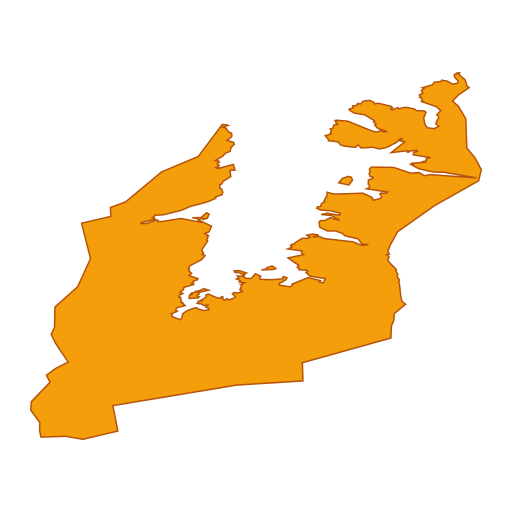 outline of Lebesby nor, Finnmark, Norway
{"feature_id": "86288312B28845238871652", "entity_name": "Lebesby nor", "entity_type": "district", "adm_level": 2, "iso_a3": "NOR", "parent_name": "Norway", "parent_adm1": "Finnmark", "projection": "robinson", "projection_center": [27.103, 70.553], "detail": "fine", "context": "isolated", "style": "filled", "palette": "amber", "viewbox_px": 512, "rotation_deg": 0, "n_neighbors": 0, "source": "geoboundaries", "source_scale": "gbopen_adm2", "svg_char_len": 6092}
<svg xmlns="http://www.w3.org/2000/svg" viewBox="0 0 512 512"><path d="M405.6,304.2L402.3,301.8L401.0,298.0L399.4,283.7L398.6,282.6L399.5,279.8L397.1,277.0L397.8,274.4L395.9,271.0L396.5,269.6L388.8,261.9L387.9,259.5L389.1,257.0L386.7,254.6L389.3,254.2L387.9,251.5L390.2,245.1L397.5,231.8L434.6,205.6L478.6,180.8L481.3,169.8L474.9,157.6L466.8,148.0L465.8,118.8L458.5,106.4L452.6,101.1L458.3,95.0L469.2,87.6L467.0,86.0L465.3,80.0L458.2,73.8L460.4,72.7L456.3,73.1L456.0,74.4L454.2,74.6L454.6,77.1L458.1,80.8L457.4,83.3L452.5,84.1L447.4,81.2L441.7,80.2L440.7,81.6L434.3,82.2L432.4,84.8L422.5,87.7L424.2,88.2L421.3,90.7L422.9,93.3L419.3,95.0L420.4,96.3L419.6,97.4L421.8,98.1L421.9,100.3L422.9,101.1L421.8,101.6L436.4,106.7L440.8,110.6L436.7,114.9L438.5,116.1L438.6,117.5L435.7,123.6L438.8,126.2L434.5,128.6L427.5,127.9L425.0,124.7L423.7,118.0L426.0,112.4L424.5,111.0L416.3,110.6L414.1,108.9L405.4,107.2L398.8,108.8L398.0,107.6L392.0,109.9L390.7,109.0L392.5,107.7L391.3,106.4L378.1,103.2L374.8,103.8L373.3,101.9L369.2,100.3L363.0,101.3L360.9,103.8L357.5,103.5L357.7,104.5L356.0,105.5L352.6,105.9L353.4,107.7L349.1,109.1L349.3,110.1L354.3,113.1L364.7,114.8L374.6,120.8L373.6,122.0L376.1,123.7L374.7,125.1L378.0,128.5L387.4,131.7L383.0,131.8L381.5,130.3L377.5,132.0L373.2,131.5L347.9,121.2L336.3,120.2L335.3,120.5L336.1,121.0L335.2,121.0L336.0,121.2L335.5,122.0L337.6,124.5L333.8,125.0L332.6,128.4L330.2,129.0L331.4,131.0L330.3,132.9L331.3,133.9L325.2,135.7L328.5,139.5L328.4,140.7L338.4,141.9L340.2,144.7L344.3,146.1L354.8,147.3L356.6,147.0L355.6,147.0L358.2,145.0L361.2,148.0L372.9,147.2L379.0,149.0L386.7,147.4L396.0,142.7L399.8,139.1L403.0,138.3L399.8,140.7L404.8,141.8L391.2,152.6L405.7,150.9L408.0,151.1L407.4,152.0L408.5,152.2L410.0,151.0L416.8,150.3L417.5,151.4L413.8,152.5L413.2,154.8L430.6,157.6L426.3,158.6L426.0,161.0L423.1,161.6L424.6,162.3L410.9,163.3L414.5,164.1L410.8,164.4L418.7,168.7L432.9,172.0L443.7,172.2L476.4,177.9L430.0,174.6L424.3,175.7L419.1,172.5L411.0,173.2L393.6,167.4L371.5,167.1L369.4,169.2L370.0,172.4L369.1,173.5L370.0,176.4L373.2,177.2L372.7,178.6L368.3,180.0L368.3,184.3L369.7,186.0L369.1,187.7L366.6,188.8L387.6,192.0L385.9,193.4L380.9,193.0L379.8,194.1L381.0,194.8L381.5,197.2L380.3,198.4L373.7,200.3L371.9,197.3L363.0,193.2L333.9,194.1L327.1,192.2L327.0,195.3L324.1,200.8L324.7,201.5L321.5,203.6L320.5,206.5L317.4,206.9L316.7,208.3L320.3,210.0L330.9,210.8L340.6,213.4L339.1,215.3L327.3,213.2L321.0,214.5L331.3,215.5L339.6,220.4L330.1,217.7L325.3,220.4L320.5,220.6L319.0,222.1L319.8,227.3L327.6,231.0L335.7,231.0L342.4,233.4L345.2,235.8L358.1,238.9L362.0,244.0L368.4,244.7L361.7,245.3L352.7,241.8L324.5,238.6L318.6,236.3L314.3,237.3L313.5,236.7L318.7,235.1L312.7,234.0L306.8,235.2L310.2,237.1L308.1,238.3L302.1,238.3L294.7,243.0L294.5,244.1L291.5,244.4L290.5,245.6L292.1,246.3L291.7,247.3L287.8,248.9L302.0,250.9L301.5,253.1L303.5,254.7L288.0,257.9L298.8,265.4L297.2,267.1L299.0,268.3L298.8,269.6L307.2,270.4L307.8,271.4L306.0,272.6L309.9,276.1L325.2,278.6L323.3,283.0L319.3,282.0L320.6,280.7L308.2,277.6L292.3,284.0L293.1,284.4L290.4,286.8L279.9,285.3L278.9,283.6L285.2,280.3L287.1,278.0L284.4,276.7L282.7,277.1L283.2,278.0L282.0,279.0L270.5,279.7L260.1,279.3L259.7,277.3L260.7,276.2L255.5,273.8L251.2,278.5L246.9,278.4L243.7,277.2L243.8,276.2L237.3,276.0L238.8,278.2L236.5,279.0L240.3,280.6L239.4,282.1L244.7,282.7L240.8,284.5L242.0,284.8L240.4,288.1L241.0,289.1L239.9,289.6L242.4,291.5L237.4,293.1L234.1,292.4L232.4,293.9L235.4,296.5L234.4,297.9L229.9,299.6L227.3,299.5L227.1,298.6L224.3,300.3L222.4,298.3L223.0,297.1L221.6,296.5L220.7,298.0L217.6,298.1L208.2,294.0L205.9,295.0L206.3,296.5L205.3,297.8L200.1,300.8L202.9,300.7L198.1,301.4L198.4,302.3L197.2,303.3L202.3,304.2L203.3,305.5L207.6,305.1L205.7,307.0L208.3,308.0L208.9,309.7L203.9,310.6L197.6,308.9L196.8,307.8L194.4,308.0L186.8,310.8L182.7,313.8L182.0,317.9L180.2,319.7L171.7,316.4L172.1,314.9L171.2,314.0L177.3,311.1L175.4,310.1L177.2,307.5L185.2,305.6L181.7,302.7L182.4,302.5L181.1,301.4L180.6,297.2L178.8,297.3L179.5,295.0L182.8,293.6L179.9,292.4L183.6,289.4L183.7,287.4L193.6,284.6L191.6,283.2L193.5,282.7L193.3,281.1L197.6,279.7L198.0,278.6L189.1,275.6L191.6,273.2L189.0,271.1L189.6,269.3L188.4,268.3L190.2,265.6L201.4,259.7L205.1,255.7L202.3,254.3L203.6,253.0L202.2,251.5L202.2,249.2L207.7,241.1L206.6,239.8L208.0,237.4L207.2,236.3L208.4,235.5L204.7,233.5L209.0,231.8L211.6,226.2L198.6,220.1L201.7,218.3L204.4,218.7L203.9,219.2L207.3,218.3L209.1,214.2L206.5,212.8L201.1,217.5L192.2,217.7L196.8,218.4L200.4,222.2L181.0,218.5L161.3,221.6L157.9,221.6L158.1,220.2L156.2,220.2L146.1,223.6L141.0,223.6L141.3,222.6L155.0,219.1L152.6,217.6L154.4,216.9L154.7,215.3L163.2,214.8L181.1,210.4L190.5,206.4L207.6,201.8L215.8,198.3L215.6,196.9L221.9,194.8L222.8,192.3L221.6,189.0L219.9,188.3L219.7,184.7L221.9,183.8L223.1,181.3L230.8,176.6L229.9,170.4L235.0,170.1L233.4,164.4L217.7,168.6L215.9,167.7L218.6,166.7L219.1,165.2L217.7,165.1L217.3,163.3L219.4,162.1L218.4,160.9L215.1,160.6L222.4,156.4L226.0,152.9L230.2,151.3L231.0,147.4L234.3,144.4L233.5,142.3L227.0,140.5L231.5,136.9L231.9,135.2L231.5,133.2L228.4,131.7L225.7,128.0L222.9,127.2L228.2,125.4L226.2,124.7L222.3,124.5L198.2,156.5L161.6,171.9L125.7,201.8L110.4,207.5L110.9,216.4L81.6,223.2L90.5,258.6L77.7,286.7L55.0,307.0L54.5,327.5L51.2,334.3L55.5,343.2L68.2,362.1L55.9,368.3L46.4,375.2L50.0,382.2L31.4,401.6L30.7,410.0L39.8,422.6L39.6,430.7L41.0,437.1L65.4,436.3L83.0,439.3L117.8,431.0L112.9,405.6L236.4,385.1L302.9,380.9L302.4,362.7L390.9,338.0L391.4,325.9L393.8,320.6L394.3,313.6L405.6,304.2ZM348.0,176.4L342.2,178.6L338.7,182.8L348.9,185.0L352.5,180.2L351.4,177.2L348.0,176.4ZM208.7,290.2L203.9,288.7L197.7,291.3L195.1,291.1L196.5,291.9L192.0,292.9L190.9,293.6L191.9,294.5L189.4,295.3L189.1,298.4L198.1,297.9L199.3,296.9L197.3,296.4L197.1,295.4L199.2,294.0L198.1,292.6L208.7,290.2ZM273.5,269.5L275.9,268.5L272.2,266.0L266.8,267.7L267.1,268.8L261.4,269.9L273.5,269.5ZM239.5,270.7L233.5,270.7L235.3,271.4L235.0,272.5L239.7,272.7L243.0,274.9L245.2,275.0L243.7,274.2L246.4,273.0L239.5,270.7Z" fill="#f59e0b" stroke="#b45309" stroke-width="1.5"/></svg>